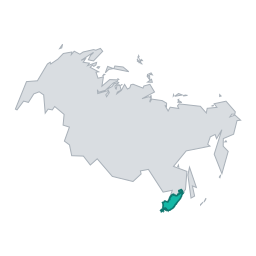 Primor'ye on a map of Russia (orthographic projection)
{"feature_id": "RUS-2611", "entity_name": "Primor'ye", "entity_type": "Territory", "adm_level": 1, "iso_a3": "RUS", "parent_name": "Russia", "parent_adm1": "", "projection": "orthographic", "projection_center": [134.86, 45.37], "detail": "fine", "context": "in_parent", "style": "filled", "palette": "teal", "viewbox_px": 256, "rotation_deg": 0, "n_neighbors": 0, "source": "natural_earth", "source_scale": "10m", "svg_char_len": 7991}
<svg xmlns="http://www.w3.org/2000/svg" viewBox="0 0 256 256"><path d="M173.4,207.6L160.8,210.2L163.2,208.0L162.7,202.6L168.2,201.7L172.3,190.3L163.1,192.1L148.4,169.4L140.4,170.9L141.1,174.0L133.0,181.5L112.3,176.4L97.2,158.8L90.3,165.0L83.4,156.1L71.7,155.7L69.5,144.9L64.4,141.1L69.4,127.1L63.1,125.1L64.1,114.4L54.7,106.5L52.3,109.9L48.1,109.1L45.2,113.2L43.7,94.9L39.2,91.8L33.8,93.9L28.4,102.4L23.6,101.1L17.0,109.9L15.4,109.1L26.5,81.6L37.4,80.8L47.4,64.0L50.2,62.2L50.7,64.0L57.8,59.2L63.3,53.5L71.8,52.0L71.3,54.6L74.2,51.2L79.9,54.2L83.1,52.0L93.6,49.6L95.8,50.2L100.4,48.4L102.7,51.3L93.5,60.9L88.3,59.8L90.7,55.2L92.9,53.3L93.5,52.3L81.1,60.3L85.6,58.6L83.2,62.3L89.4,63.2L87.6,65.6L96.6,62.4L95.9,65.0L93.8,66.4L92.3,65.1L90.2,67.3L98.6,71.8L96.0,72.2L98.0,78.2L103.4,76.9L101.9,86.2L109.7,79.6L117.7,79.9L117.7,81.2L113.4,82.9L105.4,90.3L98.6,92.2L97.4,89.7L97.7,93.6L107.5,90.7L108.7,91.5L105.8,94.8L106.6,96.7L109.3,92.6L107.6,88.9L112.1,86.5L114.0,83.8L119.1,82.3L115.0,86.1L115.6,88.7L116.2,89.1L117.1,85.0L120.0,85.6L121.1,90.1L117.4,92.1L116.7,93.9L121.3,90.5L124.6,84.4L127.4,89.0L129.8,87.8L130.8,84.8L133.0,84.2L143.0,88.1L143.9,86.0L149.9,84.3L154.5,92.0L142.0,98.7L148.7,96.7L151.1,97.8L149.8,101.2L149.8,101.7L150.1,101.9L151.7,99.1L162.2,100.6L166.6,103.2L166.5,106.5L164.9,105.3L168.1,111.0L170.2,107.2L178.7,108.5L177.5,105.8L179.1,103.9L200.4,106.3L206.3,113.0L207.2,108.3L216.9,107.4L214.2,103.7L226.0,101.2L235.3,111.8L234.8,114.2L231.8,114.1L229.9,116.9L235.0,115.1L240.6,120.2L237.0,120.6L233.6,134.2L223.3,138.6L223.2,146.2L228.2,151.4L221.9,173.7L214.2,154.2L221.9,129.7L216.6,138.7L215.1,134.5L210.3,136.8L207.7,144.3L210.0,146.1L186.2,150.9L173.5,166.4L186.9,171.4L185.5,189.3L173.4,207.6ZM128.8,71.7L113.8,68.7L114.9,66.0L123.1,67.0L128.8,71.7ZM189.5,167.2L196.4,187.5L192.4,185.9L194.6,196.1L191.0,198.1L187.9,175.1L189.5,167.2ZM107.7,66.4L113.4,68.6L108.8,69.4L105.3,72.8L107.7,66.4ZM174.7,96.3L178.5,93.5L182.3,95.0L174.7,96.3ZM149.6,75.6L149.8,79.8L147.3,76.5L149.6,75.6ZM151.1,72.9L152.4,74.9L148.7,74.0L151.1,72.9ZM151.5,79.3L152.3,82.3L147.5,82.1L151.5,79.3ZM183.2,96.0L185.1,95.0L187.5,95.4L183.2,96.0ZM62.6,44.2L61.7,47.9L59.6,48.6L62.6,44.2ZM138.3,57.5L139.1,58.5L137.5,56.6L138.3,57.5ZM179.0,100.7L181.8,102.5L177.8,102.2L179.0,100.7ZM98.6,68.3L97.0,67.6L97.9,66.6L99.6,66.8L98.6,68.3ZM139.7,59.4L140.6,60.2L140.0,60.9L139.7,59.4ZM140.9,62.7L139.2,62.7L139.5,61.8L140.5,61.7L140.9,62.7ZM141.0,63.7L140.9,62.8L141.8,63.8L141.0,63.7ZM104.8,74.4L102.5,76.1L104.0,74.2L104.8,74.4ZM148.6,75.7L147.3,75.7L147.5,74.7L148.6,75.7ZM141.6,59.6L142.4,60.6L141.2,60.5L141.6,59.6ZM221.1,96.0L219.7,96.5L219.7,94.6L221.1,96.0ZM139.1,56.4L138.7,57.3L138.6,55.7L139.1,56.4ZM118.6,79.5L117.5,78.5L118.8,79.4L118.6,79.5ZM151.1,95.7L151.2,97.2L150.3,96.1L151.1,95.7ZM213.7,105.0L212.9,106.1L212.0,105.9L213.7,105.0ZM138.5,61.7L138.8,61.0L138.7,62.0L138.5,61.7ZM141.2,60.7L140.4,61.4L140.8,60.5L141.2,60.7ZM206.0,198.1L205.6,199.7L203.9,202.1L206.0,198.1ZM138.2,60.7L137.4,61.3L137.4,60.7L138.2,60.7ZM120.2,85.3L118.8,84.9L118.8,84.7L120.2,85.3ZM226.5,141.8L224.8,141.9L225.9,140.7L226.5,141.8ZM178.7,99.4L178.3,100.6L177.9,99.8L178.7,99.4ZM178.4,165.0L178.8,167.0L177.7,166.5L178.4,165.0ZM220.7,174.8L219.9,177.7L219.3,177.1L220.7,174.8ZM137.8,59.8L137.3,59.3L137.6,59.1L137.8,59.8ZM122.4,84.5L121.2,85.1L121.4,84.7L122.4,84.5ZM173.9,95.4L173.3,96.1L173.5,94.6L173.9,95.4ZM200.5,204.5L203.1,202.1L200.5,205.0L200.5,204.5Z" fill="#d9dde1" stroke="#a8b0b8" stroke-width="1"/><path d="M170.2,197.4L170.4,197.2L170.2,196.9L170.3,196.5L170.6,196.2L170.6,196.3L170.8,196.2L171.1,196.2L171.6,196.1L171.7,195.7L171.6,195.4L171.7,195.1L171.9,195.1L172.1,194.7L172.3,194.5L172.5,194.5L172.7,194.4L172.8,194.4L173.1,194.5L173.2,194.3L173.3,194.2L173.6,194.4L173.8,194.4L173.8,194.6L174.0,194.7L174.1,194.8L174.0,195.1L174.5,195.1L174.8,195.1L175.0,195.2L174.9,195.3L175.1,195.4L175.2,195.6L175.4,195.7L175.6,195.6L175.8,195.4L176.0,195.7L176.2,195.8L176.5,195.7L176.9,195.6L177.0,195.7L177.4,195.5L177.6,195.1L177.8,195.1L178.0,194.8L177.9,194.6L178.0,194.4L177.9,194.3L178.0,194.2L178.2,193.8L178.3,193.8L178.5,193.9L178.8,194.0L179.2,194.1L179.4,193.9L179.5,193.7L179.8,193.5L180.1,193.5L180.2,193.3L180.3,193.2L180.5,193.1L180.7,192.9L180.7,192.7L180.4,192.6L180.6,192.3L180.3,192.2L180.2,192.1L179.9,192.3L179.5,191.9L179.1,192.0L179.1,191.9L179.2,191.7L179.4,191.6L179.5,191.5L179.2,191.3L178.9,191.1L178.7,191.0L178.7,190.9L178.8,190.6L179.0,190.4L179.3,190.3L179.6,190.3L180.1,190.3L180.3,190.0L180.6,190.0L180.8,189.9L180.8,189.7L181.1,189.5L181.3,189.5L181.5,189.6L181.6,189.8L181.5,190.0L181.7,190.3L181.8,190.4L182.0,190.4L182.1,190.5L181.9,190.6L181.9,190.8L181.8,191.0L182.1,191.2L182.3,191.5L182.5,191.6L182.4,191.7L182.4,191.9L182.2,192.0L181.9,192.1L181.7,192.3L181.8,192.4L182.0,192.4L182.0,192.5L181.9,192.7L182.0,192.8L181.8,193.0L182.0,193.0L182.3,193.1L182.6,193.0L182.9,193.2L183.0,193.2L182.9,193.3L182.9,193.5L182.7,193.6L181.9,194.6L181.8,194.9L181.8,195.2L181.6,195.5L181.5,196.0L181.5,196.4L181.1,196.7L180.9,197.4L180.9,197.6L180.8,197.9L180.5,198.0L180.2,198.6L179.9,199.2L179.5,199.6L179.2,199.9L178.6,200.8L178.4,200.9L177.8,201.5L177.7,201.8L177.5,202.0L177.4,202.0L177.1,202.4L177.1,202.6L177.0,202.8L176.9,202.8L176.8,203.0L176.6,203.0L176.5,203.3L176.4,203.3L176.3,203.5L176.3,203.8L176.2,203.8L176.1,204.1L175.8,204.2L175.7,204.2L175.7,204.3L175.4,204.4L175.3,204.6L175.2,204.8L175.0,205.0L174.9,205.2L174.8,205.3L174.8,205.5L174.7,205.7L174.5,205.9L174.4,206.2L174.3,206.3L174.5,206.3L174.2,206.8L173.8,207.0L173.8,206.9L173.7,206.9L173.7,207.1L173.5,207.6L173.4,207.7L173.0,207.9L173.0,208.0L172.7,208.2L172.5,208.4L172.3,208.4L172.0,208.7L171.9,208.7L171.6,209.0L170.9,209.2L170.7,209.6L170.2,210.0L170.0,209.9L169.7,210.1L169.3,210.1L169.1,210.2L168.9,210.3L168.5,210.4L168.4,210.4L168.2,210.6L167.8,210.6L167.7,210.5L167.8,210.4L167.9,210.5L167.9,210.4L167.7,210.2L167.8,210.2L167.7,210.1L167.4,210.3L167.2,210.4L167.2,210.2L167.1,209.9L166.9,209.9L166.9,210.0L166.7,210.0L166.4,209.9L166.4,209.7L166.2,209.7L166.0,209.8L166.0,210.0L165.9,210.0L165.8,209.8L165.9,209.4L165.9,209.2L166.0,209.1L165.9,209.0L166.0,209.0L166.0,208.9L166.1,208.7L165.9,208.6L166.0,208.5L166.1,208.4L165.9,208.3L165.7,208.6L165.4,208.8L165.2,209.0L164.9,209.1L164.7,209.1L164.9,208.7L165.1,208.5L165.2,208.4L165.3,208.3L165.2,208.2L165.1,208.4L164.8,208.2L164.7,208.3L164.7,208.2L164.5,208.3L164.4,208.6L164.5,208.7L164.4,208.7L164.2,208.8L164.3,208.7L164.2,208.9L163.9,209.2L163.9,209.4L163.7,209.4L163.7,209.6L163.4,209.7L163.5,209.7L163.5,209.8L163.4,210.0L163.2,210.1L163.0,210.4L163.1,210.5L162.9,210.7L163.0,210.8L162.9,210.8L162.9,211.0L162.8,210.9L162.7,210.7L162.3,210.6L162.1,210.7L161.9,210.6L162.1,210.6L161.8,210.5L161.9,210.4L161.7,210.4L161.4,210.5L161.6,210.7L161.6,210.8L161.7,210.7L162.0,211.0L161.9,211.0L161.5,211.8L161.4,211.8L161.4,211.4L161.2,211.3L161.1,210.9L161.2,210.6L161.0,210.4L160.8,210.4L160.7,210.3L160.8,210.2L161.3,209.9L161.7,209.9L161.8,209.8L161.8,209.7L162.0,209.8L162.4,209.9L162.5,209.7L162.6,209.3L162.6,209.2L162.9,208.9L162.9,208.6L163.1,208.4L163.1,208.1L163.2,207.9L163.2,207.7L162.9,207.4L163.0,207.2L163.0,206.5L163.1,206.0L163.1,205.8L163.2,205.6L163.3,205.5L162.9,203.2L162.8,202.9L162.6,202.8L162.5,202.6L162.8,202.5L162.9,202.3L163.0,202.3L163.6,202.2L163.9,202.2L164.3,201.7L164.4,201.3L164.7,201.3L164.8,201.0L164.9,200.9L165.0,200.9L165.2,201.1L165.3,201.2L167.5,202.0L167.8,202.1L168.2,201.7L168.3,201.6L168.2,201.3L168.2,201.1L168.3,200.7L168.4,200.4L168.9,200.1L169.0,200.1L169.2,199.9L169.2,199.7L169.2,199.4L169.3,199.4L169.2,199.3L169.2,199.2L169.3,199.0L169.5,199.0L169.6,198.8L169.8,198.3L169.8,198.0L170.0,197.8L170.2,197.7L170.3,197.6L170.3,197.4L170.2,197.4ZM164.9,209.3L164.9,209.5L164.6,209.5L164.4,209.4L164.5,209.4L164.5,209.2L164.7,209.3L164.6,209.2L164.9,209.3ZM166.3,210.1L166.1,210.1L166.2,209.8L166.3,210.0L166.3,210.1Z" fill="#14b8a6" stroke="#0f766e" stroke-width="1.5"/></svg>